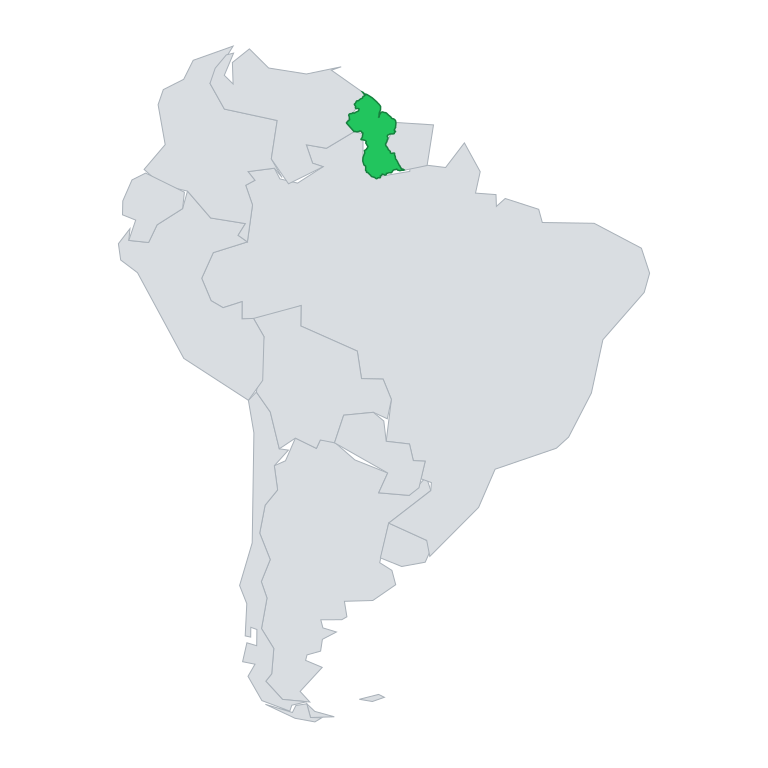 Guyana highlighted on a map of South America
{"feature_id": "GUY", "entity_name": "Guyana", "entity_type": "country or territory", "adm_level": 0, "iso_a3": "GUY", "parent_name": "South America", "parent_adm1": "", "projection": "orthographic", "projection_center": [-58.817, 4.875], "detail": "fine", "context": "in_parent", "style": "filled", "palette": "green", "viewbox_px": 768, "rotation_deg": 0, "n_neighbors": 12, "source": "natural_earth", "source_scale": "50m", "svg_char_len": 7707}
<svg xmlns="http://www.w3.org/2000/svg" viewBox="0 0 768 768"><path d="M306.8,703.8L314.8,711.4L334.3,716.8L310.5,717.5L306.8,703.8ZM388.7,523.1L379.7,562.7L391.9,570.4L395.7,584.7L372.8,600.5L344.4,601.3L346.9,616.8L341.8,619.7L320.8,619.8L322.9,627.9L336.4,632.0L322.4,639.3L320.6,651.1L307.0,654.9L305.6,660.4L322.2,667.4L300.1,691.4L309.8,702.0L282.5,699.4L265.8,681.2L271.7,673.8L273.8,648.5L261.5,628.6L267.0,598.1L261.3,581.6L270.2,559.6L259.7,533.1L265.1,505.2L277.6,489.9L274.3,465.7L285.5,460.8L295.4,438.1L316.4,448.4L320.3,440.0L332.7,440.6L354.8,459.9L387.7,473.0L378.7,492.8L409.2,495.4L426.3,476.8L430.8,490.6L388.7,523.1Z" fill="#d9dde1" stroke="#a8b0b8" stroke-width="1"/><path d="M306.8,703.8L310.5,717.5L321.7,717.8L314.9,721.9L295.1,718.3L265.4,704.3L292.4,712.5L295.9,705.5L306.8,703.8ZM256.4,392.1L270.3,412.0L279.3,448.8L288.4,450.1L274.3,465.7L277.6,489.9L265.1,505.2L259.7,533.1L270.2,559.6L261.3,581.6L267.0,598.1L261.5,628.6L273.8,648.5L271.7,673.8L265.8,681.2L282.5,699.4L306.7,701.7L291.8,705.2L289.8,711.1L261.9,700.6L248.0,676.3L255.0,664.2L242.6,661.7L246.9,642.8L256.7,645.7L256.9,629.5L250.8,627.3L250.7,637.1L245.2,635.9L246.8,603.7L239.6,585.5L252.2,542.9L253.9,432.9L248.4,400.3L256.4,392.1Z" fill="#d9dde1" stroke="#a8b0b8" stroke-width="1"/><path d="M359.3,699.3L378.6,694.4L384.4,697.3L372.4,701.5L359.3,699.3Z" fill="#d9dde1" stroke="#a8b0b8" stroke-width="1"/><path d="M388.7,523.1L426.7,540.4L432.1,546.7L425.2,562.2L401.7,566.5L380.4,557.9L388.7,523.1Z" fill="#d9dde1" stroke="#a8b0b8" stroke-width="1"/><path d="M429.8,556.4L426.7,540.4L388.7,523.1L430.8,490.6L431.4,482.6L421.0,478.8L425.2,461.2L413.3,460.6L409.5,444.0L386.2,441.3L391.4,399.5L383.1,379.1L361.5,378.6L357.3,351.1L300.8,326.0L301.1,305.5L267.9,319.3L242.0,318.9L242.1,301.6L223.1,307.7L211.1,300.7L201.7,278.3L213.3,252.6L247.4,241.9L252.5,205.0L245.7,185.3L254.9,180.3L248.0,171.6L274.4,168.2L279.9,178.9L297.6,183.1L323.1,166.7L312.6,163.2L306.3,144.8L326.4,148.3L354.2,131.6L363.0,133.8L363.0,160.4L374.1,177.3L409.8,171.4L410.0,163.2L445.6,167.5L464.4,142.9L480.2,171.7L475.5,193.1L496.0,194.6L496.4,206.4L505.2,198.5L538.7,209.3L542.3,222.5L594.1,223.3L641.4,248.2L649.6,273.2L644.2,292.4L602.9,339.7L591.4,393.0L568.6,437.1L556.4,448.2L495.1,469.2L478.6,507.4L429.8,556.4Z" fill="#d9dde1" stroke="#a8b0b8" stroke-width="1"/><path d="M253.5,318.4L301.1,305.5L300.8,326.0L357.3,351.1L361.5,378.6L383.1,379.1L391.4,399.5L387.3,418.8L373.3,412.3L343.7,415.2L334.5,442.8L320.3,440.0L316.4,448.4L295.4,438.1L279.3,448.8L270.3,412.0L256.4,392.1L264.0,336.7L253.5,318.4Z" fill="#d9dde1" stroke="#a8b0b8" stroke-width="1"/><path d="M247.4,241.9L213.3,252.6L201.7,278.3L211.1,300.7L223.1,307.7L242.1,301.6L242.0,318.9L253.5,318.4L264.0,336.7L262.7,380.4L248.4,400.3L183.8,358.4L137.5,272.7L120.7,260.0L118.4,243.7L130.0,228.6L128.8,240.4L148.6,242.5L157.1,224.8L182.6,208.6L187.5,191.1L210.7,218.0L245.4,223.6L238.1,235.3L247.4,241.9Z" fill="#d9dde1" stroke="#a8b0b8" stroke-width="1"/><path d="M282.1,177.5L274.4,168.2L248.0,171.6L254.9,180.3L245.7,185.3L252.5,205.0L247.4,241.9L238.1,235.3L245.4,223.6L210.7,218.0L187.5,191.1L161.4,185.1L144.1,169.4L165.2,144.6L158.1,104.7L163.3,89.6L183.7,79.3L193.2,60.3L233.1,46.1L210.0,83.4L224.4,109.1L277.2,120.5L271.3,158.9L282.1,177.5Z" fill="#d9dde1" stroke="#a8b0b8" stroke-width="1"/><path d="M354.2,131.6L326.4,148.3L306.3,144.8L312.6,163.2L323.1,166.7L288.5,183.8L271.3,158.9L277.2,120.5L224.4,109.1L210.0,83.4L215.2,68.2L226.3,54.9L233.6,53.1L224.3,75.3L233.1,84.0L232.4,62.5L249.4,48.9L268.6,68.0L306.4,74.0L341.2,66.8L331.4,70.2L365.7,94.4L346.3,122.6L354.2,131.6Z" fill="#d9dde1" stroke="#a8b0b8" stroke-width="1"/><path d="M427.1,165.5L403.4,170.4L390.9,153.6L385.7,145.0L396.2,122.5L433.5,124.9L427.1,165.5Z" fill="#d9dde1" stroke="#a8b0b8" stroke-width="1"/><path d="M184.4,192.2L182.6,208.6L157.1,224.8L148.6,242.5L128.8,240.4L135.7,220.1L122.5,214.8L122.8,200.9L132.0,179.9L145.6,173.1L184.4,192.2Z" fill="#d9dde1" stroke="#a8b0b8" stroke-width="1"/><path d="M383.8,421.0L386.2,441.3L409.5,444.0L413.3,460.6L425.2,461.2L419.0,487.7L409.2,495.4L378.7,492.8L387.7,473.0L334.5,442.8L343.7,415.2L373.3,412.3L383.8,421.0Z" fill="#d9dde1" stroke="#a8b0b8" stroke-width="1"/><path d="M354.1,131.6L351.6,128.8L349.1,126.0L346.7,123.3L346.5,122.9L347.5,121.6L348.4,120.7L349.2,120.1L349.6,119.7L349.3,117.6L349.3,116.9L349.0,116.1L348.7,115.2L349.0,114.5L349.4,114.0L349.9,113.8L351.0,113.6L351.8,113.6L352.1,113.3L352.6,112.9L353.2,112.9L354.4,113.2L355.0,112.7L355.9,112.1L358.2,111.1L358.7,110.4L359.0,109.4L359.0,108.9L358.8,108.7L358.2,108.5L357.4,108.5L356.7,108.7L356.0,108.6L355.4,107.9L355.4,107.4L355.7,106.7L355.5,106.2L354.4,104.6L354.4,104.1L355.2,103.4L355.7,102.8L356.3,101.4L356.8,100.9L358.4,100.7L358.8,100.4L359.6,99.6L360.8,98.8L362.5,98.1L362.9,96.8L363.2,96.4L364.6,95.8L364.8,95.4L364.8,95.1L362.6,92.2L363.1,92.4L364.7,94.3L365.7,94.7L365.9,94.7L365.9,94.2L366.7,94.4L368.9,95.7L372.2,97.8L376.7,101.8L378.0,103.3L378.8,104.0L380.2,105.8L380.6,106.6L380.5,110.0L379.4,112.3L379.1,114.0L379.0,116.3L378.3,117.6L379.2,116.9L379.5,114.8L380.3,113.6L381.3,112.2L382.7,111.9L384.1,112.5L385.3,112.6L386.4,113.0L388.6,115.2L390.8,116.9L391.6,118.3L393.9,119.0L395.2,120.1L395.7,121.1L395.9,123.6L395.5,127.3L395.6,127.5L395.0,128.3L394.9,128.7L394.5,129.6L394.2,130.0L394.6,131.1L395.2,131.1L395.4,131.2L395.5,131.4L395.5,131.7L395.3,131.9L394.8,132.1L394.3,132.7L394.3,133.4L394.0,133.7L393.1,133.9L391.2,133.9L390.3,134.0L389.6,134.1L389.1,134.5L388.5,134.8L388.0,134.9L387.6,135.4L387.2,136.1L387.3,136.6L387.8,137.2L388.0,137.9L387.7,139.0L387.3,139.8L387.1,140.4L386.8,141.6L386.1,143.0L385.6,143.7L385.6,144.6L385.8,145.7L387.3,147.4L387.8,148.3L388.2,149.6L389.5,150.6L390.3,151.4L390.3,152.5L390.4,152.9L390.9,153.2L391.5,153.4L392.2,153.3L392.8,153.2L393.0,153.1L394.4,153.1L394.6,153.3L394.6,154.9L394.7,155.6L395.0,155.8L395.2,156.2L395.3,156.6L395.3,157.5L395.5,157.9L395.5,158.9L395.7,159.2L396.1,159.5L396.6,160.1L396.8,160.5L397.3,161.4L397.5,161.7L397.6,161.8L397.7,162.1L398.0,163.0L398.6,163.9L398.8,164.6L399.3,165.4L399.9,166.0L400.1,166.6L400.8,167.9L401.5,168.8L402.4,169.1L403.1,169.2L403.6,169.5L404.1,169.9L403.6,170.1L403.1,170.3L402.5,170.2L401.6,170.3L400.7,170.5L399.9,170.7L398.3,170.2L397.9,170.2L397.5,170.0L396.9,169.2L396.6,169.1L395.8,169.5L394.7,169.7L394.3,169.7L393.7,170.0L393.1,170.3L392.1,171.9L391.6,172.5L391.0,172.8L389.9,172.7L388.6,172.8L387.7,173.2L386.9,173.4L386.4,173.4L386.3,174.3L386.1,174.7L385.8,174.9L385.2,175.0L384.6,175.0L384.2,174.6L383.5,174.4L382.9,174.3L382.5,174.1L382.2,174.1L382.0,174.5L381.8,174.8L381.6,175.4L380.7,175.6L380.3,175.9L380.5,177.0L380.4,177.4L380.2,177.7L379.1,177.8L378.2,177.7L377.6,178.1L377.0,178.6L376.6,178.7L376.1,178.6L375.4,178.1L374.8,177.5L373.3,177.0L371.7,176.6L370.7,175.6L370.5,175.1L370.0,174.8L368.8,173.6L368.2,172.8L367.4,172.6L366.6,172.3L366.7,171.7L366.6,171.1L366.2,170.9L365.8,170.8L365.6,170.4L365.6,169.7L365.7,167.9L365.6,166.1L364.5,165.4L364.0,165.0L363.2,162.4L362.8,161.2L362.8,160.3L363.0,157.6L363.4,156.5L364.2,154.2L364.7,153.4L364.7,152.8L364.7,152.1L364.4,150.6L365.9,149.7L366.5,149.3L366.6,148.7L367.4,147.9L367.7,147.1L368.0,146.5L367.9,146.2L367.6,146.0L367.2,145.5L366.4,143.9L366.1,143.5L365.8,143.1L365.9,142.4L366.3,141.6L366.2,141.3L365.7,140.9L364.7,140.2L363.8,140.1L363.2,139.8L362.2,139.8L361.4,139.7L361.0,139.5L361.1,139.0L361.3,138.7L361.9,137.9L362.4,137.0L362.4,136.2L362.6,135.1L362.8,134.1L362.9,133.0L361.8,132.3L361.5,131.7L361.1,131.2L360.6,131.2L359.9,130.9L358.8,131.6L358.0,131.5L357.4,131.8L356.0,131.7L355.1,131.4L354.1,131.6Z" fill="#22c55e" stroke="#15803d" stroke-width="1.5"/></svg>